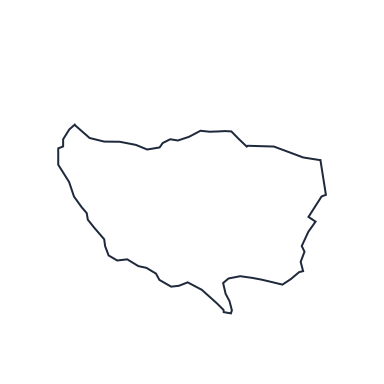 the district of Askersund, Orebro, Sweden, rotated 215°
{"feature_id": "70781695B5834456968412", "entity_name": "Askersund", "entity_type": "district", "adm_level": 2, "iso_a3": "SWE", "parent_name": "Sweden", "parent_adm1": "Orebro", "projection": "robinson", "projection_center": [14.979, 58.853], "detail": "fine", "context": "isolated", "style": "outline", "palette": "slate", "viewbox_px": 384, "rotation_deg": 215, "n_neighbors": 0, "source": "geoboundaries", "source_scale": "gbopen_adm2", "svg_char_len": 1030}
<svg xmlns="http://www.w3.org/2000/svg" viewBox="0 0 384 384"><g transform="rotate(215 192 192)"><path d="M326.7,179.9L328.4,172.8L327.8,161.3L323.7,155.4L326.6,151.0L317.2,137.6L298.4,129.7L286.1,120.6L273.8,116.3L266.1,114.3L261.5,109.6L252.1,106.8L236.8,102.9L232.1,97.8L223.9,92.2L214.0,93.0L206.4,99.7L193.5,100.5L185.9,103.7L174.7,104.5L168.3,101.3L154.8,102.5L149.0,107.6L143.7,115.5L127.9,117.5L107.9,115.1L98.6,113.5L97.1,111.8L90.5,114.9L91.5,118.0L98.8,124.2L106.1,127.9L114.3,135.3L112.5,142.1L104.2,150.7L93.2,156.3L85.0,160.0L75.8,163.7L64.8,168.0L61.1,177.3L58.3,187.8L55.6,190.9L62.9,197.1L65.6,207.6L71.1,210.7L73.9,226.2L73.8,238.6L82.3,238.4L83.3,262.7L80.7,266.5L105.1,291.8L105.3,291.6L120.9,284.0L151.0,276.2L172.9,261.8L173.2,260.6L184.3,262.3L194.5,264.2L199.8,260.9L205.2,256.7L212.1,251.5L220.2,247.0L226.1,235.5L233.1,226.1L240.1,222.7L244.1,215.3L244.1,209.9L253.1,201.1L265.0,198.4L280.0,191.7L292.9,182.9L306.9,177.5L326.1,179.6L326.7,179.9Z" fill="none" stroke="#1e293b" stroke-width="2"/></g></svg>